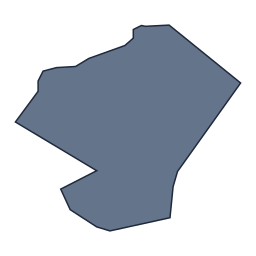 the Municipality of Vransko
{"feature_id": "SVN-241", "entity_name": "Vransko", "entity_type": "Municipality", "adm_level": 1, "iso_a3": "SVN", "parent_name": "Slovenia", "parent_adm1": "", "projection": "robinson", "projection_center": [14.936, 46.238], "detail": "fine", "context": "isolated", "style": "filled", "palette": "slate", "viewbox_px": 256, "rotation_deg": 0, "n_neighbors": 0, "source": "natural_earth", "source_scale": "10m", "svg_char_len": 383}
<svg xmlns="http://www.w3.org/2000/svg" viewBox="0 0 256 256"><path d="M60.7,189.1L96.7,170.7L15.4,122.0L38.1,91.3L38.1,81.0L43.1,71.1L56.5,67.6L75.5,66.5L88.9,58.4L124.9,45.5L133.3,38.1L133.3,29.5L141.4,25.5L145.4,26.3L169.1,25.1L240.6,83.0L177.5,171.5L173.1,186.6L170.0,217.7L109.9,230.9L96.7,226.9L70.2,209.7L60.7,189.1Z" fill="#64748b" stroke="#1e293b" stroke-width="1.5"/></svg>